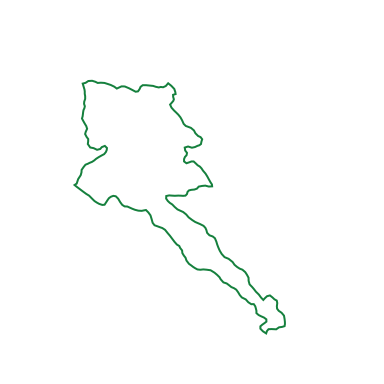 Ibiracatu, Minas Gerais, Brazil (Equal Earth projection), rotated 123°
{"feature_id": "56859067B13974408487448", "entity_name": "Ibiracatu", "entity_type": "district", "adm_level": 2, "iso_a3": "BRA", "parent_name": "Brazil", "parent_adm1": "Minas Gerais", "projection": "equal_earth", "projection_center": [-44.13, -15.651], "detail": "fine", "context": "isolated", "style": "outline", "palette": "green", "viewbox_px": 384, "rotation_deg": 123, "n_neighbors": 0, "source": "geoboundaries", "source_scale": "gbopen_adm2", "svg_char_len": 3868}
<svg xmlns="http://www.w3.org/2000/svg" viewBox="0 0 384 384"><g transform="rotate(123 192 192)"><path d="M270.2,52.8L267.8,53.4L265.4,53.1L263.6,50.6L261.3,46.6L258.1,45.3L256.1,43.0L254.1,41.3L252.2,42.1L250.4,43.3L248.2,45.1L245.6,47.5L244.5,51.1L244.4,54.6L243.5,57.1L241.6,58.6L238.7,60.0L236.9,61.8L237.1,64.4L236.6,67.1L236.3,70.3L238.5,72.3L241.2,73.0L243.7,73.4L242.9,76.7L241.6,80.1L240.8,84.1L239.7,87.2L238.9,89.9L238.1,93.4L235.7,96.1L233.1,97.9L231.5,100.8L230.2,103.7L229.7,107.4L230.3,110.3L230.3,113.4L229.9,116.7L228.6,119.8L228.1,124.9L228.9,129.2L227.8,133.3L226.2,136.6L225.0,138.5L223.7,140.4L222.2,142.4L220.4,144.5L218.3,147.6L218.0,150.4L218.8,153.8L218.0,157.1L216.1,159.2L214.8,161.2L214.1,163.9L214.5,167.7L215.4,173.0L215.4,176.6L215.1,181.0L214.0,184.6L213.6,188.5L214.1,191.8L214.5,194.7L214.0,198.3L213.2,201.8L213.2,204.7L212.7,207.4L211.6,210.1L209.4,211.4L207.3,209.3L206.1,207.1L204.5,204.3L202.6,201.7L201.3,199.6L200.1,197.4L198.6,195.5L196.5,195.1L194.3,195.8L192.3,195.4L190.6,193.8L188.6,191.3L186.5,189.7L183.8,189.3L181.4,186.8L179.4,184.3L178.3,180.9L176.3,178.2L174.8,179.4L173.8,181.7L172.3,184.6L170.6,187.7L169.2,190.7L168.1,194.4L167.0,196.9L166.4,199.3L166.5,201.8L166.0,204.3L165.5,207.2L166.7,209.1L168.5,210.4L170.9,212.3L170.7,215.3L168.7,216.6L166.5,217.0L164.1,216.6L161.9,217.5L160.9,220.3L158.7,222.3L156.0,220.1L154.9,216.2L152.7,214.0L150.4,212.6L148.8,211.3L146.9,210.6L144.7,211.5L142.2,212.2L141.3,214.7L141.7,217.4L140.9,221.1L139.3,223.9L138.8,227.8L139.4,230.6L140.0,233.2L139.4,236.1L137.3,239.3L135.7,242.3L134.6,245.6L133.9,249.0L133.4,251.6L132.4,255.2L130.6,258.0L128.2,257.6L125.8,257.3L124.1,257.7L122.5,259.6L120.8,260.8L118.8,259.1L117.2,260.5L115.2,263.0L114.2,267.2L113.8,271.2L117.4,271.7L119.9,273.3L120.9,275.4L122.4,276.8L123.5,279.7L124.2,282.4L125.7,285.3L127.5,288.8L129.3,291.5L131.8,292.4L134.3,292.0L137.0,292.1L138.6,293.9L138.9,297.3L139.3,301.3L140.1,305.9L141.9,308.7L144.3,310.2L146.2,311.4L146.0,314.6L146.5,318.5L147.4,321.9L148.2,324.8L150.0,328.0L151.9,330.5L152.2,333.1L153.1,336.3L155.4,339.4L158.4,340.7L160.6,342.7L162.4,340.6L164.6,338.0L166.1,336.7L168.1,335.4L169.8,333.8L172.1,332.3L174.9,331.6L176.9,330.5L178.4,328.6L180.3,327.9L182.4,327.6L184.3,326.8L186.1,325.9L188.2,324.9L190.3,324.3L191.8,321.6L193.0,319.3L194.3,316.6L196.1,314.4L199.4,313.9L201.6,313.2L203.2,310.4L204.1,307.9L206.0,306.7L208.5,305.5L210.1,301.6L208.8,298.4L208.3,294.6L205.9,292.4L203.5,292.1L200.8,290.2L201.4,287.3L203.2,286.4L205.4,286.0L208.1,286.3L210.6,287.7L213.5,289.2L216.4,290.5L218.8,291.2L221.1,292.2L223.4,293.8L225.0,294.7L227.1,296.2L230.0,296.5L233.6,296.6L235.7,295.4L238.5,294.5L240.9,294.5L243.2,294.5L245.8,293.8L247.7,293.3L250.1,294.3L250.4,291.8L250.6,288.8L250.8,286.1L251.0,283.2L251.2,279.6L251.1,276.3L252.0,272.2L252.7,268.8L252.7,265.9L252.5,263.3L251.7,260.2L250.3,258.4L246.9,258.4L244.4,258.4L242.4,258.3L240.1,257.4L238.1,255.9L237.1,253.6L237.8,250.3L239.6,246.7L240.8,243.5L240.8,240.7L239.4,238.3L238.6,233.1L238.0,230.2L236.9,226.9L235.2,223.9L233.7,222.4L232.2,220.8L232.9,217.5L234.2,214.1L236.8,211.0L239.3,208.2L240.3,205.3L239.6,202.4L239.0,199.7L238.4,197.3L238.4,194.0L239.7,190.1L240.7,186.7L241.8,183.7L243.3,179.6L244.3,176.1L244.2,173.3L245.4,171.4L246.4,168.5L248.5,166.8L249.8,164.1L250.6,161.7L252.5,159.3L253.9,155.4L254.0,152.8L254.2,150.4L254.2,147.9L254.0,145.3L252.7,142.7L250.8,140.4L249.3,137.6L247.5,133.8L247.4,129.2L247.8,125.9L248.5,122.5L249.6,120.4L250.7,116.4L249.8,113.1L250.0,110.2L250.3,107.2L249.8,104.4L249.8,101.7L251.0,98.6L252.4,95.8L253.3,92.8L252.8,88.4L253.8,84.7L253.8,81.2L252.4,79.1L253.4,76.7L254.8,75.1L256.5,73.3L258.5,72.0L258.9,69.1L258.6,66.3L258.1,63.3L258.3,60.3L260.2,59.0L262.5,59.8L265.0,60.8L267.4,61.5L269.4,60.2L270.2,56.6L270.2,52.8Z" fill="none" stroke="#15803d" stroke-width="2"/></g></svg>